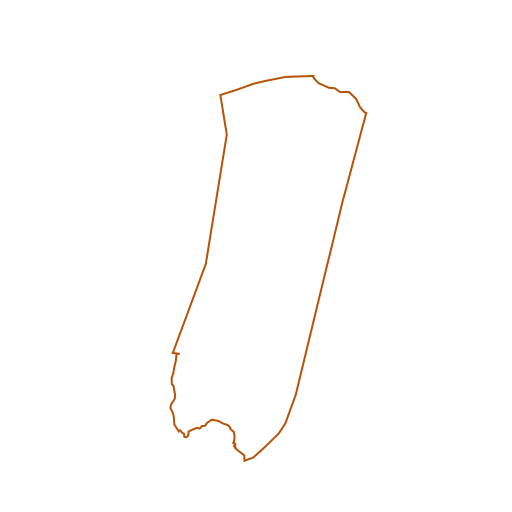 San Martín Toxpalan, Oaxaca, Mexico (Mercator projection), rotated 308°
{"feature_id": "50627088B90534025673228", "entity_name": "San Martín Toxpalan", "entity_type": "district", "adm_level": 2, "iso_a3": "MEX", "parent_name": "Mexico", "parent_adm1": "Oaxaca", "projection": "mercator", "projection_center": [-97.067, 18.11], "detail": "fine", "context": "isolated", "style": "outline", "palette": "amber", "viewbox_px": 512, "rotation_deg": 308, "n_neighbors": 0, "source": "geoboundaries", "source_scale": "gbopen_adm2", "svg_char_len": 2190}
<svg xmlns="http://www.w3.org/2000/svg" viewBox="0 0 512 512"><g transform="rotate(308 256 256)"><path d="M436.6,254.8L436.1,253.0L436.5,250.7L437.3,246.4L438.0,244.9L441.4,238.3L442.5,228.3L437.9,222.6L436.9,221.4L436.7,214.8L433.4,209.8L430.7,198.8L431.5,193.6L432.0,191.3L433.3,190.5L415.4,169.1L399.1,155.1L389.8,147.7L375.9,139.0L360.9,128.8L333.6,158.3L302.4,175.4L218.9,221.3L165.0,238.5L136.3,247.6L135.7,247.8L134.7,248.1L132.3,248.9L128.3,250.1L132.0,256.2L130.7,254.6L130.5,254.3L130.2,254.0L128.9,254.3L124.4,257.2L119.1,259.6L114.3,262.1L112.6,263.1L108.2,264.5L103.9,267.9L103.3,268.4L102.7,271.2L101.0,273.0L99.2,275.0L96.0,278.5L95.5,278.4L95.3,278.6L94.6,279.1L94.2,279.4L93.9,279.7L93.1,279.9L92.5,280.0L90.9,280.2L90.3,280.2L88.6,280.2L85.9,280.8L83.5,282.1L82.4,284.4L81.3,286.9L80.7,287.6L79.7,289.1L78.4,290.4L78.1,290.7L74.6,293.9L73.9,294.6L72.9,295.5L70.3,303.0L71.1,302.8L71.4,302.9L71.8,303.6L72.0,303.8L71.2,306.2L71.3,306.8L71.6,308.5L71.4,309.0L70.3,310.0L69.5,310.7L69.9,312.1L70.5,312.8L71.7,313.2L72.7,312.9L74.4,312.3L75.4,311.5L76.0,311.0L76.4,311.1L78.1,311.9L81.2,313.4L83.2,314.8L83.9,314.9L84.7,315.7L84.8,316.1L84.8,317.2L85.8,317.9L86.4,318.2L88.5,317.9L88.7,318.0L90.1,319.9L90.4,320.1L91.7,320.5L93.9,320.1L94.4,320.2L98.8,321.6L99.6,321.9L99.8,321.9L99.9,322.1L100.0,322.2L103.0,328.4L103.6,332.7L104.2,334.8L104.9,336.4L105.2,337.2L105.4,339.3L105.0,340.8L104.9,341.1L103.9,342.4L103.7,346.1L103.7,347.0L103.4,347.1L103.0,347.5L102.2,348.4L102.0,349.0L99.3,351.1L98.1,351.9L97.8,352.1L96.7,352.4L96.5,352.8L96.4,352.9L95.2,353.0L94.4,353.5L94.5,353.7L95.2,354.5L95.2,354.9L95.0,355.7L94.7,356.0L94.3,356.1L93.0,355.8L92.7,355.7L92.5,355.8L92.4,356.0L92.9,356.9L92.8,357.4L92.5,357.6L91.9,357.8L91.6,360.3L91.7,369.6L87.5,372.9L95.5,377.9L111.4,380.7L130.4,383.2L142.0,382.2L143.8,381.6L144.0,381.6L149.5,379.8L150.8,379.4L155.5,377.8L156.5,377.5L156.8,377.4L160.7,376.1L163.7,375.2L165.9,374.4L170.8,372.9L287.2,320.1L304.4,312.4L350.6,291.4L354.3,289.8L361.0,287.0L366.6,284.6L372.2,282.2L374.5,281.2L380.0,278.9L389.8,274.7L394.5,272.7L400.7,270.1L422.2,260.9L423.9,260.2L436.6,254.8Z" fill="none" stroke="#b45309" stroke-width="2"/></g></svg>